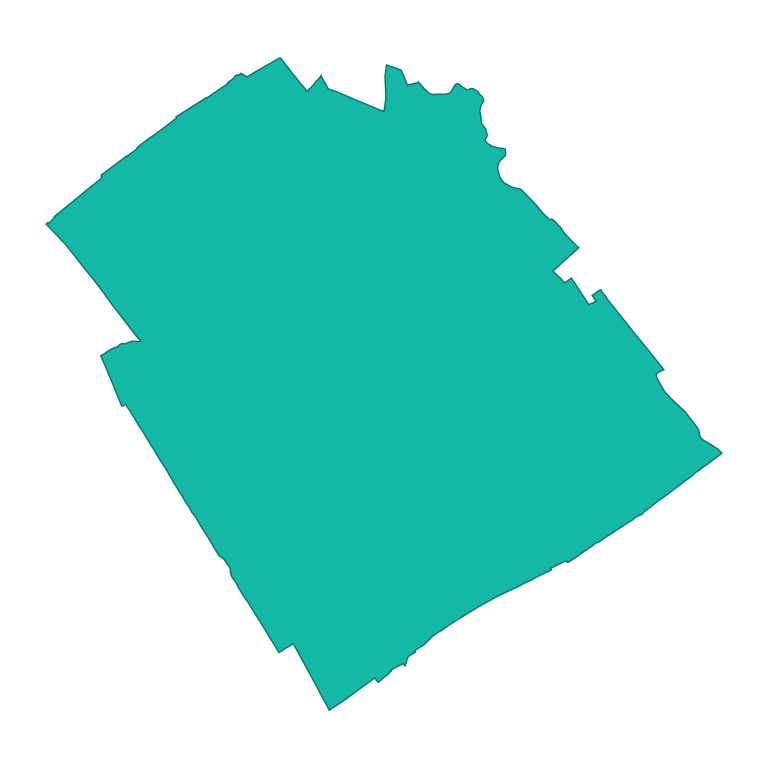 Vladeni, Botosani, Romania (orthographic projection)
{"feature_id": "2599482B92223550861236", "entity_name": "Vladeni", "entity_type": "district", "adm_level": 2, "iso_a3": "ROU", "parent_name": "Romania", "parent_adm1": "Botosani", "projection": "orthographic", "projection_center": [26.517, 47.71], "detail": "fine", "context": "isolated", "style": "filled", "palette": "teal", "viewbox_px": 768, "rotation_deg": 0, "n_neighbors": 0, "source": "geoboundaries", "source_scale": "gbopen_adm2", "svg_char_len": 5994}
<svg xmlns="http://www.w3.org/2000/svg" viewBox="0 0 768 768"><path d="M721.9,453.2L717.6,449.0L709.5,443.7L703.5,440.3L700.7,437.7L699.6,435.1L698.9,430.9L697.6,427.9L693.4,422.6L687.7,415.1L684.8,411.5L670.6,398.2L665.1,392.2L662.6,388.3L660.9,385.3L658.0,380.2L656.2,376.3L656.3,374.2L658.9,371.9L663.9,369.7L648.1,349.9L633.7,332.3L613.8,307.2L606.9,298.8L606.8,298.4L605.4,296.0L601.8,291.7L601.0,289.7L598.7,290.8L592.2,295.4L596.2,301.4L588.9,304.6L582.3,294.7L576.2,285.2L571.2,278.0L568.1,280.6L564.5,283.1L562.1,280.0L561.2,278.9L560.5,278.2L555.8,274.1L553.0,271.0L577.8,248.6L578.8,247.7L577.6,246.7L575.5,244.9L565.2,234.1L562.9,231.1L560.9,228.0L559.9,226.8L559.3,226.2L558.3,225.5L557.7,224.8L557.0,223.7L555.1,221.6L552.3,219.3L551.8,219.1L551.5,219.1L549.9,219.8L549.6,219.8L548.1,218.3L547.3,217.3L546.4,216.6L542.7,213.0L539.2,208.9L537.4,206.5L534.0,202.8L527.7,196.2L523.6,192.0L521.2,189.7L520.0,189.0L517.6,188.7L513.3,187.6L509.7,186.0L505.4,183.7L503.9,182.7L502.3,180.9L500.0,177.4L497.9,170.7L497.7,168.9L497.7,167.4L497.8,166.3L498.1,164.7L499.0,162.2L499.6,161.4L500.3,160.7L503.8,156.9L504.7,156.0L505.0,155.9L505.3,155.3L505.5,154.8L505.6,154.1L505.6,153.1L505.3,150.8L505.5,149.9L505.1,149.2L504.2,148.7L503.1,148.4L499.0,148.2L498.0,148.0L497.2,147.8L494.7,146.9L493.1,146.6L491.7,146.1L490.0,144.9L488.4,144.1L487.1,143.0L485.9,141.6L485.4,140.8L485.3,140.2L485.3,139.4L485.7,138.6L486.5,137.3L486.9,136.4L487.2,135.2L487.1,134.0L486.7,133.1L486.2,131.5L485.8,129.4L485.3,128.2L484.5,127.3L483.6,126.5L482.6,125.1L482.0,124.1L481.5,122.7L481.2,121.6L481.3,119.9L480.7,115.2L480.4,114.3L480.2,112.7L479.8,111.7L479.9,110.6L480.1,109.7L480.3,108.3L480.8,106.5L481.3,105.3L482.0,103.7L482.7,102.5L483.7,101.5L483.8,101.0L483.7,100.5L483.0,97.8L482.0,96.3L480.0,94.6L479.3,93.8L478.0,91.8L477.2,91.2L474.9,89.9L473.4,88.9L472.4,88.6L471.6,88.5L470.8,88.6L468.6,89.6L466.8,89.7L466.0,89.4L464.9,88.4L464.1,88.0L463.1,87.5L462.1,86.9L459.2,84.4L457.4,83.7L456.8,83.7L456.3,83.8L455.6,84.4L454.9,85.4L453.5,87.5L452.7,88.8L452.0,90.4L450.8,92.0L450.0,92.8L449.4,93.3L448.2,93.6L446.8,93.9L444.0,94.3L443.1,94.4L441.8,94.2L439.1,94.1L432.9,94.6L431.3,94.3L430.1,93.8L428.3,92.6L427.2,91.6L426.1,90.4L423.9,88.4L423.0,87.2L419.3,83.1L418.5,82.0L418.4,82.4L418.1,82.6L409.2,84.8L408.1,85.1L407.5,85.5L404.6,77.9L401.0,70.0L386.7,65.0L385.2,74.7L385.1,76.4L385.3,84.0L385.7,89.5L385.9,96.9L385.5,101.0L384.1,111.2L379.8,110.1L363.2,103.0L359.8,101.7L346.6,96.0L345.1,95.4L342.9,94.4L340.6,93.6L335.5,91.3L328.3,88.9L326.5,85.8L325.2,83.2L322.4,78.4L321.8,77.4L321.1,76.4L321.0,75.6L320.6,76.3L318.9,78.6L317.5,80.1L315.6,81.7L314.8,83.3L314.1,84.1L310.3,88.2L307.0,91.4L306.4,90.7L305.1,88.8L303.1,86.3L301.4,84.5L299.3,82.0L295.9,77.7L293.6,74.9L291.7,72.5L289.5,69.4L285.1,64.0L283.0,61.2L280.1,57.8L277.1,59.4L254.1,72.6L247.1,76.9L240.9,73.3L238.8,75.3L238.3,75.0L237.3,74.9L236.7,75.0L235.8,75.5L234.7,76.6L233.5,78.2L232.8,78.9L227.6,82.7L228.0,83.5L214.8,92.5L206.6,98.2L206.3,97.7L176.0,116.9L176.8,117.9L159.6,131.1L150.2,137.6L138.7,146.2L139.0,146.6L136.9,148.1L137.3,148.6L126.3,156.8L126.1,156.4L101.3,175.0L102.0,176.1L101.1,176.8L101.8,178.0L83.8,192.4L83.9,192.5L64.1,208.6L54.4,216.5L54.9,217.0L51.4,220.7L48.8,223.3L47.8,222.5L46.1,224.0L50.1,228.2L59.0,237.4L62.2,241.2L65.0,243.7L68.6,248.3L69.4,249.4L79.2,261.7L81.4,264.6L94.8,281.1L102.1,290.8L112.6,305.3L121.0,316.1L124.6,320.9L131.0,329.2L137.9,338.0L140.9,341.1L138.5,341.5L136.6,341.6L134.4,341.2L133.2,341.2L132.1,341.4L130.9,341.7L125.0,343.8L124.4,343.9L122.2,343.6L121.4,343.8L120.9,344.0L117.2,346.8L116.1,347.3L112.5,348.5L107.9,351.2L106.6,352.0L103.6,354.3L101.6,355.2L100.7,355.9L102.5,359.5L103.7,362.3L113.2,385.0L115.5,391.0L117.5,395.8L117.7,396.2L120.5,403.0L121.1,404.6L121.9,406.1L123.3,405.8L125.7,404.4L126.8,406.2L127.6,407.5L130.9,412.2L136.9,422.3L138.4,425.1L139.0,425.9L140.5,427.9L142.7,431.3L145.5,436.1L150.6,444.5L154.3,450.2L159.4,459.0L162.9,464.5L164.9,467.3L165.9,468.9L167.7,472.1L168.8,474.2L173.6,482.3L183.2,497.8L185.7,502.2L186.7,503.8L189.0,506.7L189.5,507.5L191.5,511.8L191.9,512.4L193.0,513.6L194.0,515.0L194.8,516.0L195.5,516.9L196.6,518.7L200.7,526.0L207.1,535.9L208.8,538.6L209.5,539.7L209.7,540.1L210.7,541.7L211.3,542.9L212.7,545.1L213.2,546.1L215.5,549.8L218.5,555.0L218.9,555.5L223.5,558.9L224.0,559.4L224.4,559.8L225.4,561.3L227.9,565.1L228.9,566.4L229.8,567.7L230.3,568.6L230.3,570.3L230.6,572.5L230.7,573.5L231.8,576.7L232.3,577.6L234.4,580.5L237.0,584.5L238.1,586.9L241.6,592.9L243.4,595.7L246.1,599.7L246.1,599.8L246.3,600.0L248.1,602.4L250.7,606.9L253.6,611.3L255.4,614.3L256.9,616.6L258.3,618.8L258.4,619.1L258.7,619.5L263.4,627.1L265.0,629.5L268.2,635.1L270.9,639.4L275.0,645.8L276.0,647.6L277.1,649.5L279.0,652.6L286.5,647.7L287.4,647.3L293.3,643.5L300.2,656.4L308.6,671.6L311.8,677.6L318.2,689.3L318.6,690.4L322.3,697.3L325.3,702.6L329.3,710.2L332.2,708.2L345.3,699.5L357.6,690.3L374.9,677.9L375.7,679.1L376.7,680.8L377.3,680.6L378.4,682.3L389.2,673.1L389.0,672.7L391.8,670.5L391.3,669.6L399.9,665.3L403.1,663.6L404.2,664.9L404.9,665.9L406.3,662.7L406.5,661.2L407.3,658.8L408.4,656.2L409.8,655.5L415.5,652.1L414.8,650.5L420.8,646.7L423.8,645.0L428.1,640.5L432.7,636.1L437.7,632.6L442.5,629.8L448.7,625.3L455.9,620.7L466.2,614.2L478.0,607.1L496.2,596.9L511.0,589.8L519.1,586.2L523.5,583.6L533.3,579.0L539.7,575.4L551.3,570.0L550.7,568.4L553.3,567.0L561.5,563.0L566.6,560.7L567.1,562.2L568.0,562.4L575.1,557.8L579.9,554.6L581.8,553.0L583.9,551.5L590.7,547.0L592.4,545.8L594.2,544.5L594.6,543.7L595.1,543.2L596.0,542.9L597.8,542.5L599.2,541.7L606.5,536.7L617.2,529.7L627.3,523.0L630.0,521.4L631.6,520.7L632.6,519.8L634.5,517.9L636.2,516.8L639.5,515.2L642.1,514.4L642.7,513.4L643.6,512.3L647.3,509.3L648.8,508.4L650.0,507.5L655.7,502.8L659.1,500.2L662.6,497.9L684.8,481.1L689.1,478.1L694.3,473.8L695.7,472.5L699.6,469.8L703.6,466.7L707.6,464.1L713.9,459.2L719.9,454.8L721.9,453.2Z" fill="#14b8a6" stroke="#0f766e" stroke-width="1.5"/></svg>